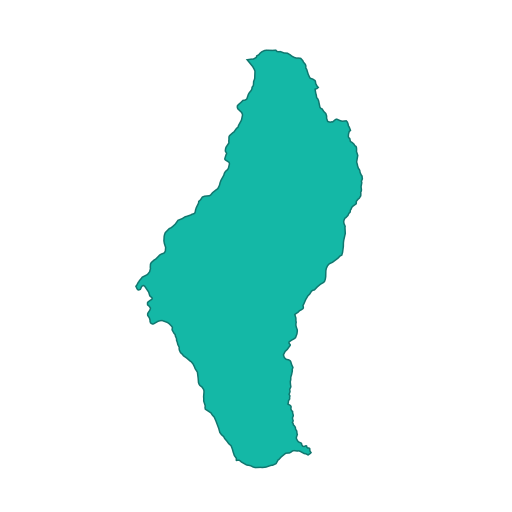 outline of Nangkor, Shemgang, Bhutan, rotated 16°
{"feature_id": "84629894B93769975990256", "entity_name": "Nangkor", "entity_type": "district", "adm_level": 2, "iso_a3": "BTN", "parent_name": "Bhutan", "parent_adm1": "Shemgang", "projection": "orthographic", "projection_center": [90.802, 27.203], "detail": "fine", "context": "isolated", "style": "filled", "palette": "teal", "viewbox_px": 512, "rotation_deg": 16, "n_neighbors": 0, "source": "geoboundaries", "source_scale": "gbopen_adm2", "svg_char_len": 6096}
<svg xmlns="http://www.w3.org/2000/svg" viewBox="0 0 512 512"><g transform="rotate(16 256 256)"><path d="M363.1,429.8L361.6,428.6L360.7,426.3L359.8,426.0L358.4,426.3L357.7,425.9L357.0,424.7L356.4,424.6L354.7,425.9L353.3,426.0L351.9,424.7L351.5,423.8L351.0,423.4L348.2,423.0L347.4,422.6L345.5,420.8L345.0,420.0L344.8,419.1L344.9,416.1L344.3,415.3L343.4,413.0L341.8,411.6L341.0,409.8L339.4,408.5L338.7,408.3L337.8,406.8L336.9,406.1L337.1,404.8L337.1,404.1L336.1,402.6L335.7,401.5L335.7,400.8L335.9,399.5L335.7,398.8L334.5,396.8L334.0,395.3L333.5,395.2L332.8,394.7L332.0,393.9L331.6,393.1L331.3,391.3L330.9,390.8L330.4,390.3L327.5,389.5L327.5,388.2L327.1,386.0L327.7,384.7L327.7,383.9L327.2,382.4L327.2,381.2L325.9,379.8L326.1,377.1L325.1,374.8L325.5,372.7L325.5,372.0L324.6,370.1L323.6,367.4L323.5,365.4L322.8,362.8L322.9,360.3L322.6,356.4L322.1,355.3L322.2,352.9L320.5,351.0L318.5,348.0L317.9,347.4L316.1,346.8L313.6,347.0L312.6,346.6L311.8,346.2L310.7,345.2L309.6,343.4L310.3,339.7L311.8,337.2L313.5,332.4L313.3,331.8L311.7,330.7L311.5,329.4L313.3,327.2L315.7,324.8L316.5,323.6L316.8,319.5L316.4,316.8L316.0,315.6L314.3,313.2L313.4,311.5L313.0,309.9L312.9,308.6L312.2,307.3L311.4,304.6L309.4,301.5L310.5,300.1L311.9,298.5L312.9,296.6L314.4,295.2L315.6,293.7L315.8,292.8L315.5,291.9L314.8,290.7L315.2,288.7L315.8,284.1L316.9,279.9L318.1,277.8L319.0,274.7L319.9,273.4L321.5,272.5L323.5,268.7L325.7,265.4L328.3,262.7L328.9,261.4L329.0,259.2L328.7,256.7L327.2,250.9L327.0,248.5L327.4,245.9L328.1,244.1L328.8,243.1L331.3,240.9L335.4,235.5L336.8,232.8L338.2,231.5L338.2,228.6L337.3,222.6L336.4,219.3L336.0,216.8L335.6,209.7L333.7,204.2L333.5,202.9L331.5,200.4L330.8,198.7L330.7,197.7L331.0,195.3L331.2,194.9L331.7,194.5L333.2,191.7L333.5,189.4L334.0,188.7L334.4,187.8L334.1,186.0L334.2,185.3L334.6,184.5L334.6,183.0L335.5,181.3L337.9,178.2L337.8,177.2L337.4,176.6L337.5,175.4L338.6,173.0L339.3,172.1L340.1,169.3L339.6,167.2L339.1,166.2L339.3,164.3L339.0,163.0L337.9,160.5L337.5,156.4L336.7,155.1L337.0,152.5L336.5,151.6L336.3,150.8L335.6,149.6L334.9,149.2L333.6,147.7L332.9,146.8L332.2,145.3L331.3,144.2L330.4,143.7L328.7,141.2L328.3,140.3L326.8,137.9L326.1,131.3L323.7,127.7L323.5,126.5L322.8,124.4L322.2,123.4L321.9,123.1L320.7,122.8L319.2,121.4L317.1,120.4L315.2,119.9L313.7,117.2L312.5,116.7L311.8,115.7L311.3,113.2L311.3,110.7L312.2,109.2L310.1,106.4L309.0,105.5L308.1,103.7L306.9,102.1L305.5,101.2L301.7,102.7L299.6,102.7L295.9,102.2L294.8,102.9L292.7,106.0L291.4,106.3L290.5,107.0L287.8,106.9L285.9,104.2L285.3,102.0L283.8,99.8L281.3,98.4L279.0,96.4L277.6,96.2L276.5,95.5L273.4,89.6L272.1,88.0L270.6,87.0L269.6,84.7L268.7,83.3L266.8,79.4L268.5,78.2L269.4,76.8L267.9,75.9L265.8,73.7L265.2,72.2L264.4,71.1L261.8,70.3L259.2,70.2L258.2,69.4L256.0,66.8L253.2,62.5L252.1,61.7L251.5,59.5L250.6,58.2L248.1,56.5L247.1,55.3L244.5,53.7L242.4,54.0L240.5,54.6L238.2,54.6L235.3,54.0L233.4,53.2L230.3,52.4L227.0,53.1L223.1,52.8L221.2,53.5L219.7,53.6L218.3,52.7L215.3,53.8L209.4,55.3L207.6,56.1L205.4,58.0L204.1,59.8L203.2,61.8L201.5,63.5L201.6,64.7L201.5,65.1L199.1,67.5L197.4,68.0L193.4,69.8L200.6,74.8L202.9,77.1L204.1,78.7L205.8,85.6L205.8,87.2L205.6,88.8L206.4,92.4L206.3,93.4L205.7,94.9L206.0,95.9L205.8,98.0L204.6,100.8L204.1,102.8L203.9,107.3L203.7,107.9L202.4,109.3L200.6,110.0L199.1,112.7L197.3,115.4L196.7,116.9L197.1,118.3L197.9,119.5L202.6,122.0L203.8,123.4L204.2,124.4L204.5,128.2L204.5,129.7L203.2,135.4L203.3,136.7L203.0,137.4L202.1,138.7L200.6,142.9L199.8,143.8L197.4,147.6L197.2,149.0L198.0,151.9L198.1,152.9L198.8,154.7L197.2,159.7L197.2,161.3L197.5,163.2L197.9,164.0L199.1,164.9L199.6,165.9L199.3,166.8L199.2,170.9L199.4,171.6L200.1,172.1L204.1,173.3L204.5,173.6L205.1,174.8L205.3,179.3L204.7,181.2L204.1,181.8L203.3,183.3L202.8,185.1L202.8,187.2L201.5,192.8L201.3,195.3L201.4,198.1L200.9,200.9L200.6,202.0L199.5,203.3L196.8,207.1L195.6,209.9L194.6,210.9L190.1,212.7L188.2,214.1L187.1,217.5L185.9,219.3L186.2,221.0L185.3,225.9L185.2,228.4L185.4,230.2L185.4,231.3L184.7,232.4L182.7,233.7L182.2,234.4L177.9,237.4L177.2,237.7L174.8,240.4L171.2,243.2L169.6,247.7L167.8,250.6L166.4,252.5L165.1,253.5L162.4,258.4L162.2,260.5L162.3,262.4L163.3,266.8L164.5,269.3L166.8,272.7L167.5,276.3L167.1,277.8L166.6,278.7L164.5,280.2L163.1,281.7L162.3,283.3L160.4,286.7L159.0,288.1L158.9,288.6L158.2,289.4L157.1,291.3L156.8,292.9L157.5,296.0L158.0,297.0L158.1,300.5L156.9,303.4L156.2,304.3L152.5,307.7L152.0,309.1L150.7,311.9L150.5,313.1L150.1,313.7L149.5,316.8L148.9,318.2L150.8,320.4L151.7,321.0L152.6,321.0L154.0,319.9L154.5,316.9L154.9,316.2L155.8,315.4L157.3,315.7L162.8,320.3L164.9,323.6L167.5,324.8L167.9,325.3L167.9,326.1L164.9,329.9L164.6,330.9L165.1,332.5L165.3,332.9L166.8,333.5L168.8,335.0L169.0,335.5L168.9,337.4L167.9,340.4L167.8,341.6L168.0,342.2L168.3,343.0L170.5,344.8L171.8,346.8L172.2,348.1L173.1,349.4L174.5,349.8L175.3,349.9L176.2,349.5L179.9,345.7L181.7,344.6L183.6,343.9L189.2,344.3L191.4,345.1L194.6,347.0L195.3,347.7L195.7,350.1L198.6,353.0L200.0,353.8L200.5,355.1L202.3,357.2L203.0,359.2L203.8,360.1L205.3,362.7L207.4,365.0L207.7,366.4L208.3,367.6L210.0,369.6L211.0,370.2L212.4,370.8L213.7,371.9L217.3,373.1L222.0,375.3L222.9,375.5L225.3,377.2L227.4,379.5L228.6,381.1L231.7,383.8L234.0,389.2L235.6,393.5L236.7,395.0L237.8,395.9L240.1,396.8L242.2,398.5L243.0,399.6L243.5,401.0L244.4,405.6L245.2,407.8L245.7,409.8L248.5,414.0L248.8,415.8L249.5,417.2L255.9,419.2L258.0,421.0L260.3,422.4L263.1,425.8L267.7,432.0L269.9,435.6L272.1,437.3L274.7,438.5L276.2,440.1L279.1,442.0L281.5,443.9L284.3,445.2L286.5,448.1L288.0,450.6L290.2,453.8L292.9,455.9L293.3,457.7L293.6,457.9L294.8,457.3L296.1,457.0L297.3,457.3L298.6,458.0L304.3,459.4L305.6,459.4L306.6,459.2L308.4,459.1L309.5,459.2L311.2,459.6L312.9,459.6L313.9,459.5L318.6,457.9L320.3,457.6L323.7,456.2L328.3,453.0L329.6,452.6L332.0,450.5L332.5,450.0L333.5,445.8L334.1,445.3L335.6,442.2L338.0,438.7L339.0,437.4L339.9,437.0L342.4,436.1L343.5,435.1L344.7,433.5L345.3,433.0L346.6,432.5L349.4,432.1L350.9,431.5L352.3,431.6L356.8,432.6L358.7,432.4L360.9,432.9L362.7,430.7L363.1,429.8Z" fill="#14b8a6" stroke="#0f766e" stroke-width="1.5"/></g></svg>